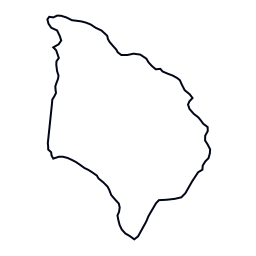 Paiçandu, Paraná, Brazil (Equal Earth projection), rotated 91°
{"feature_id": "56859067B32899743877918", "entity_name": "Paiçandu", "entity_type": "district", "adm_level": 2, "iso_a3": "BRA", "parent_name": "Brazil", "parent_adm1": "Paraná", "projection": "equal_earth", "projection_center": [-52.127, -23.462], "detail": "fine", "context": "isolated", "style": "outline", "palette": "ink", "viewbox_px": 256, "rotation_deg": 91, "n_neighbors": 0, "source": "geoboundaries", "source_scale": "gbopen_adm2", "svg_char_len": 1537}
<svg xmlns="http://www.w3.org/2000/svg" viewBox="0 0 256 256"><g transform="rotate(91 128 128)"><path d="M144.6,207.9L148.0,207.5L150.9,207.4L153.6,204.4L156.7,204.0L159.9,202.2L157.9,196.5L157.9,192.5L159.0,187.8L161.2,182.9L162.8,179.7L165.5,175.5L168.8,170.8L170.4,167.2L172.7,163.4L176.1,158.3L179.0,156.6L182.8,151.7L187.0,147.4L189.9,145.8L195.3,143.6L199.6,139.8L203.7,135.9L207.6,134.9L212.0,135.5L215.6,137.0L219.6,136.2L225.1,134.7L229.7,132.4L233.5,128.8L236.1,124.2L239.2,119.8L236.1,116.0L222.5,108.8L219.7,107.5L216.2,106.2L212.7,104.3L202.6,98.6L199.6,95.8L199.1,88.4L198.0,79.9L196.4,73.5L192.2,69.5L180.5,63.1L171.0,57.1L168.4,52.9L164.2,52.6L160.0,50.1L156.8,47.0L151.9,45.7L147.9,45.5L142.9,48.2L139.2,50.7L134.4,50.7L129.6,48.2L125.7,48.4L122.4,52.9L119.2,55.3L116.2,57.8L112.6,62.6L107.8,66.9L103.5,68.4L100.3,67.1L96.9,64.0L93.2,66.9L89.2,72.0L83.4,75.1L79.4,76.9L77.2,79.7L74.8,84.2L72.9,89.5L70.9,94.4L68.3,96.7L68.8,101.3L65.4,105.4L62.0,108.6L58.3,110.9L54.4,117.0L53.6,123.7L55.0,129.8L55.1,136.0L52.5,139.6L49.8,141.1L45.9,144.7L42.3,147.9L39.5,149.6L36.2,150.4L33.8,153.0L31.0,156.2L28.3,162.2L25.2,167.0L23.3,172.1L22.2,176.7L21.2,185.9L18.5,191.6L17.0,196.7L16.8,200.6L18.7,204.6L18.2,208.7L20.8,210.5L25.1,209.3L29.1,206.5L31.7,200.6L37.3,197.8L41.7,196.3L45.5,198.8L48.7,204.1L51.5,201.2L59.2,198.4L62.6,200.7L66.1,200.8L72.3,199.9L76.9,198.4L80.0,198.8L84.4,200.4L87.6,201.4L91.0,201.1L94.2,200.6L97.4,202.1L101.0,204.2L104.6,204.4L144.6,207.9Z" fill="none" stroke="#020617" stroke-width="2"/></g></svg>